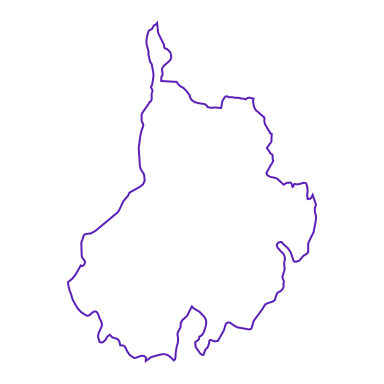 an SVG outline of Santander
{"feature_id": "COL-1317", "entity_name": "Santander", "entity_type": "Department", "adm_level": 1, "iso_a3": "COL", "parent_name": "Colombia", "parent_adm1": "", "projection": "robinson", "projection_center": [-73.442, 6.936], "detail": "fine", "context": "isolated", "style": "outline", "palette": "violet", "viewbox_px": 384, "rotation_deg": 0, "n_neighbors": 0, "source": "natural_earth", "source_scale": "10m", "svg_char_len": 4704}
<svg xmlns="http://www.w3.org/2000/svg" viewBox="0 0 384 384"><path d="M176.6,81.9L178.4,84.4L179.3,85.3L180.5,86.4L183.4,87.9L186.4,90.9L189.3,94.7L189.7,95.6L189.9,96.2L189.8,96.7L190.0,97.2L191.3,99.5L192.2,100.4L194.0,101.7L195.7,102.4L198.1,103.1L204.7,104.1L206.8,105.6L207.5,107.0L208.8,107.4L211.0,107.8L215.1,107.5L218.6,107.8L220.9,108.1L221.3,107.1L222.4,100.9L224.4,97.7L225.4,96.6L226.2,96.3L227.8,96.6L228.2,96.9L228.8,97.2L229.6,97.3L231.8,97.2L235.7,97.8L238.5,97.8L239.7,98.0L240.5,98.3L240.9,98.5L241.5,98.6L243.0,98.6L243.7,98.7L245.7,99.4L246.8,98.3L249.2,97.6L253.6,98.7L253.2,99.9L253.1,100.6L253.1,101.5L253.8,105.9L254.5,107.8L255.5,109.8L264.3,117.5L264.5,119.6L264.3,121.3L265.0,124.1L268.5,130.3L269.9,132.0L269.9,132.9L270.0,133.2L271.7,133.9L271.4,141.7L266.9,147.9L268.6,150.5L269.1,151.2L270.0,152.7L270.4,153.3L271.1,153.9L272.3,154.6L272.6,155.3L272.7,156.3L272.6,158.4L272.8,159.4L273.1,160.1L273.2,160.9L272.4,162.7L270.8,165.0L266.4,173.1L267.2,175.0L267.6,175.4L270.9,177.1L273.7,177.5L276.7,178.4L277.7,179.0L279.0,180.5L280.4,181.5L283.6,184.7L285.6,183.5L286.5,183.0L287.1,182.8L288.7,182.8L289.5,182.6L290.4,182.5L291.2,183.0L291.8,184.4L292.3,186.4L292.6,186.9L293.2,186.4L293.6,185.8L294.1,184.5L294.4,184.0L295.0,183.9L295.6,184.0L296.5,184.3L297.6,184.4L301.1,183.6L302.4,183.1L303.2,182.9L304.1,182.8L305.2,183.0L305.9,183.3L306.6,184.4L307.0,185.9L307.5,189.1L307.6,191.3L307.1,195.5L307.7,199.1L310.0,198.8L310.6,198.3L311.4,197.5L311.8,196.8L312.7,194.9L316.0,204.7L315.0,207.7L314.8,209.6L314.9,211.7L316.1,216.4L315.6,221.6L313.6,232.1L309.0,241.5L308.2,243.7L308.2,251.8L307.2,253.5L305.9,254.4L303.5,255.7L299.2,260.7L295.9,261.8L293.7,261.2L291.3,254.1L290.0,251.2L287.9,248.2L283.7,244.5L281.5,242.0L280.3,242.0L277.9,242.9L276.7,245.0L277.6,247.6L281.3,251.8L282.5,252.8L283.6,254.1L284.5,256.3L285.0,258.2L284.1,263.4L284.7,269.3L282.3,277.1L283.9,281.3L283.5,283.9L283.6,286.5L283.2,287.9L282.4,289.5L280.5,291.2L279.1,291.8L277.0,293.2L274.8,300.0L272.6,301.7L268.9,302.7L265.5,304.2L263.9,306.4L262.6,308.9L253.5,321.2L251.7,328.0L250.5,329.3L248.4,329.3L237.1,327.3L233.2,325.0L230.2,322.8L228.8,322.4L228.2,322.4L225.9,323.6L223.8,330.5L217.8,341.0L214.7,341.4L210.6,340.0L209.9,340.1L209.4,340.7L209.0,343.8L207.7,347.2L205.2,349.9L203.6,354.8L202.1,354.9L200.4,353.7L195.6,346.9L195.2,342.2L196.2,341.5L198.8,339.5L199.0,338.9L199.3,336.7L202.1,335.1L203.9,331.9L205.7,326.3L206.2,323.4L206.2,321.0L205.7,319.4L204.3,316.8L199.3,311.6L193.8,308.5L191.9,306.4L188.0,313.9L187.5,315.4L182.3,320.2L180.9,322.7L180.4,327.7L178.0,331.9L177.4,334.3L177.9,336.6L178.1,339.3L177.9,342.6L176.7,346.6L175.6,353.5L175.6,356.5L175.3,358.0L175.0,359.4L173.7,360.4L172.7,359.2L170.3,356.9L168.2,355.4L165.7,354.4L163.0,354.1L159.1,354.9L151.2,357.1L145.8,361.0L145.9,357.4L145.1,356.7L143.9,356.0L142.6,355.8L140.5,356.0L138.1,357.0L137.1,357.3L135.6,357.9L134.2,358.0L130.0,355.3L127.2,351.4L125.1,346.9L123.8,345.8L122.5,345.4L120.3,345.4L119.2,341.0L117.5,339.0L112.4,337.4L109.8,334.8L107.3,336.6L105.7,339.6L104.0,341.3L102.6,342.4L101.7,342.5L99.7,342.1L98.1,337.3L98.2,335.2L98.9,332.4L101.8,326.1L101.9,323.7L100.9,320.9L99.6,318.4L98.2,314.3L97.1,312.4L95.7,311.4L94.1,311.6L92.4,312.6L89.3,315.3L87.6,315.8L86.5,315.5L85.3,314.9L84.3,314.3L83.3,313.5L81.6,312.5L80.0,311.0L77.4,308.0L72.7,299.8L70.8,293.4L69.6,290.7L68.6,286.5L68.4,285.3L67.9,282.2L72.1,278.9L75.2,275.2L80.8,265.4L82.1,266.1L83.3,265.6L84.3,264.4L84.9,262.7L84.8,261.3L84.0,259.8L82.0,257.4L81.7,255.6L81.3,242.9L81.5,241.9L83.1,237.9L83.3,236.7L84.1,234.8L86.0,234.0L90.8,233.4L95.4,230.9L117.8,212.2L119.4,209.7L123.3,201.3L128.3,195.3L129.1,193.2L130.2,192.2L140.1,186.7L143.1,184.2L144.7,180.5L144.1,174.8L143.1,172.8L141.7,170.8L140.5,168.7L139.9,165.8L138.7,148.2L139.5,142.3L139.5,141.7L140.3,136.0L141.6,130.3L143.1,126.5L143.3,125.1L143.0,123.6L141.9,121.7L141.6,120.4L141.6,115.0L142.3,112.9L149.0,103.3L149.5,102.0L151.1,101.1L151.7,99.1L151.6,94.4L151.8,93.1L152.3,91.8L152.5,90.5L152.0,89.2L151.0,87.4L151.2,86.3L152.0,85.2L152.4,83.5L153.5,75.7L153.3,72.7L151.8,64.5L151.2,63.2L150.1,62.0L148.3,53.8L148.7,52.0L146.6,44.4L146.4,41.7L146.6,39.1L147.4,34.9L148.7,31.1L148.7,30.8L151.1,29.4L151.6,29.3L152.6,27.8L153.4,26.2L154.5,25.1L155.8,24.6L157.1,23.0L157.8,29.9L157.9,31.8L158.9,34.6L163.9,44.5L164.1,47.1L164.6,47.9L165.1,48.5L165.6,48.7L166.6,48.8L167.1,49.0L167.4,49.3L168.4,50.4L168.9,50.8L169.7,51.6L170.0,52.1L170.4,52.7L171.1,55.1L171.2,57.6L170.3,60.0L166.9,63.3L165.4,64.4L164.7,64.9L162.7,67.3L162.1,68.7L161.9,70.0L162.4,72.0L162.5,73.4L162.6,74.7L161.9,76.2L161.4,77.0L161.2,81.0L176.6,81.9Z" fill="none" stroke="#5b21b6" stroke-width="2"/></svg>